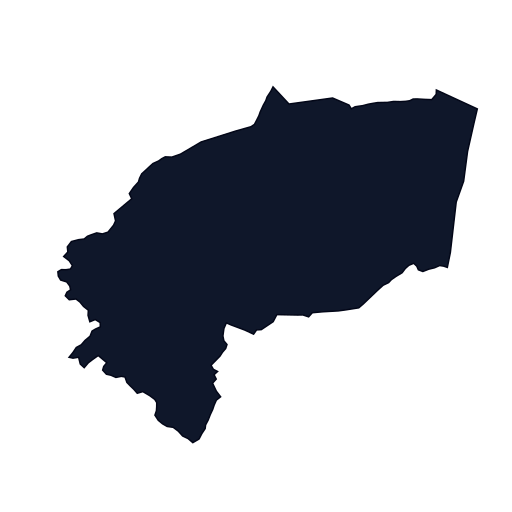 the district of Simão Dias, Sergipe, Brazil, rotated 190°
{"feature_id": "56859067B91513097865044", "entity_name": "Simão Dias", "entity_type": "district", "adm_level": 2, "iso_a3": "BRA", "parent_name": "Brazil", "parent_adm1": "Sergipe", "projection": "mercator", "projection_center": [-37.797, -10.741], "detail": "fine", "context": "isolated", "style": "filled", "palette": "ink", "viewbox_px": 512, "rotation_deg": 190, "n_neighbors": 0, "source": "geoboundaries", "source_scale": "gbopen_adm2", "svg_char_len": 2487}
<svg xmlns="http://www.w3.org/2000/svg" viewBox="0 0 512 512"><g transform="rotate(190 256 256)"><path d="M445.3,222.1L439.1,218.9L435.1,214.6L436.5,210.9L440.8,209.5L445.3,208.8L448.4,206.1L447.2,201.9L444.2,198.4L437.9,197.6L434.2,194.1L432.7,190.5L435.9,187.5L436.9,183.7L432.3,180.5L425.8,182.4L421.4,180.1L417.1,176.4L411.7,173.5L411.1,168.4L408.2,162.4L403.3,165.5L397.9,163.4L397.0,159.2L401.4,156.2L404.4,153.6L405.5,148.2L409.7,143.2L412.7,138.2L417.1,134.7L419.5,129.2L422.5,123.8L418.5,123.6L413.1,125.5L410.3,119.1L405.8,116.2L402.6,121.7L399.0,125.6L394.1,130.6L384.4,125.0L386.8,120.8L387.2,117.0L382.8,113.6L378.2,113.4L372.9,112.1L367.7,114.1L364.0,114.1L361.2,109.1L357.2,106.2L353.3,103.6L349.1,100.2L343.9,102.8L336.4,100.0L330.8,97.2L328.3,94.4L327.6,90.1L327.2,86.3L327.9,81.7L323.7,77.2L318.9,74.5L313.9,72.7L307.8,72.9L302.1,70.0L297.0,66.0L291.2,64.4L285.8,61.2L280.3,65.9L278.5,71.7L276.1,77.2L276.3,80.9L274.6,86.2L273.5,91.8L272.0,97.3L271.3,102.0L270.0,107.2L266.4,111.2L271.6,116.0L276.7,123.2L273.8,127.9L276.7,131.8L273.8,135.6L278.3,137.0L281.3,140.6L274.1,151.1L272.3,155.4L269.8,159.6L269.2,163.8L272.9,166.9L274.7,171.5L275.0,179.0L273.6,185.0L268.6,183.8L254.1,181.1L244.8,178.6L242.6,183.3L238.0,184.4L227.7,194.3L225.3,201.9L204.7,205.1L199.6,206.1L193.6,205.2L190.7,209.9L180.4,212.7L165.5,216.2L158.9,218.3L145.8,222.8L142.1,227.3L130.8,242.7L125.7,249.3L120.8,252.8L118.6,256.2L114.6,260.2L109.2,264.9L106.8,269.6L103.8,273.4L99.4,276.2L95.9,273.9L93.7,270.6L89.0,269.7L83.6,273.0L78.1,275.4L73.5,278.5L69.4,278.6L65.6,278.0L65.2,293.2L67.2,326.9L68.2,344.0L64.5,365.7L65.8,395.7L64.4,425.0L63.6,439.3L107.2,450.8L106.6,446.5L110.1,440.5L117.3,439.5L124.3,438.7L128.5,437.9L131.6,435.6L135.5,434.3L140.7,433.1L147.3,432.1L153.2,430.1L157.9,429.2L162.9,428.2L167.5,426.6L171.8,425.0L177.0,422.6L180.7,421.4L184.3,420.2L187.7,417.5L190.6,420.8L208.0,424.9L223.8,419.8L249.9,411.4L268.6,425.5L270.0,420.8L272.7,414.5L273.3,410.7L275.0,405.8L276.9,398.5L277.5,394.7L278.9,390.0L280.4,385.3L283.5,382.4L297.4,375.7L329.8,358.8L348.1,343.2L352.4,340.8L356.0,338.8L362.6,337.9L365.7,335.5L368.4,332.7L373.5,329.2L376.4,325.5L379.4,321.5L382.8,317.1L384.2,312.3L384.6,308.5L388.5,302.3L391.6,295.5L388.3,290.8L403.2,273.1L400.4,266.2L401.6,261.6L403.7,257.8L405.9,253.8L411.1,251.1L416.9,251.1L422.1,248.2L425.4,246.2L428.2,242.9L433.5,241.3L440.3,238.2L443.4,232.2L442.0,227.3L445.3,222.1Z" fill="#0f172a" stroke="#020617" stroke-width="1.5"/></g></svg>